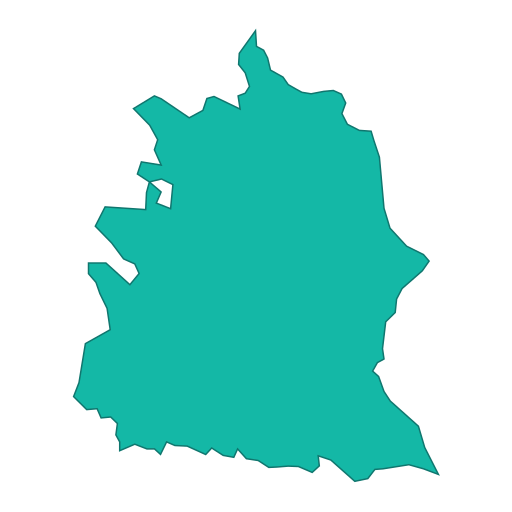 the district of Mormaço, Rio Grande do Sul, Brazil
{"feature_id": "56859067B79985945955157", "entity_name": "Mormaço", "entity_type": "district", "adm_level": 2, "iso_a3": "BRA", "parent_name": "Brazil", "parent_adm1": "Rio Grande do Sul", "projection": "robinson", "projection_center": [-52.668, -28.683], "detail": "fine", "context": "isolated", "style": "filled", "palette": "teal", "viewbox_px": 512, "rotation_deg": 0, "n_neighbors": 0, "source": "geoboundaries", "source_scale": "gbopen_adm2", "svg_char_len": 1588}
<svg xmlns="http://www.w3.org/2000/svg" viewBox="0 0 512 512"><path d="M101.1,417.9L110.7,417.0L117.4,423.5L115.9,434.9L119.7,441.9L119.7,450.7L134.8,444.2L146.9,448.9L154.5,448.9L160.5,454.4L166.6,441.9L174.9,445.5L187.2,446.1L205.7,454.5L211.7,448.0L223.2,455.4L233.8,457.3L237.6,448.9L246.4,458.7L258.2,460.5L268.8,467.4L277.1,467.0L288.2,466.1L298.4,466.5L312.2,472.4L319.3,465.9L318.2,455.8L330.8,460.0L354.8,481.3L367.8,478.6L374.9,469.4L382.9,468.8L408.9,464.7L423.5,468.8L438.4,474.4L424.7,447.5L418.4,426.2L390.3,401.1L384.0,391.5L378.6,376.5L372.6,371.1L377.4,362.6L384.0,359.0L382.5,348.7L385.7,321.8L395.2,312.5L396.6,299.0L402.1,288.5L422.3,270.8L429.1,261.1L423.5,254.6L406.6,246.2L390.0,228.2L384.0,208.3L379.4,157.2L373.9,140.6L371.1,131.2L359.3,130.4L347.4,124.3L341.9,113.6L345.7,103.0L341.4,94.1L333.3,90.5L323.7,91.4L311.1,93.8L301.9,92.3L295.3,88.7L288.2,84.6L283.0,77.1L270.5,70.1L267.6,58.0L263.6,50.2L256.5,46.4L255.5,30.7L239.3,53.3L238.6,64.5L245.2,72.8L249.5,86.4L245.2,93.2L238.1,95.9L240.1,109.1L214.0,96.5L206.9,98.5L202.9,110.4L189.2,117.8L161.2,98.8L154.4,95.9L133.5,108.6L149.7,125.2L157.7,139.7L154.4,149.8L161.2,165.1L141.4,161.9L137.4,174.0L149.4,181.9L146.5,192.6L145.7,209.6L105.1,206.9L95.3,226.2L111.7,243.0L123.6,258.9L134.8,263.9L139.1,273.5L129.9,284.7L105.9,263.0L88.5,263.0L88.5,273.7L96.0,282.4L99.9,293.6L107.1,308.4L110.2,329.7L85.4,343.6L79.0,382.6L73.6,396.6L86.7,409.6L97.1,408.7L101.1,417.9ZM149.4,181.9L161.5,179.0L172.9,184.6L170.6,208.7L156.3,203.1L161.1,192.0L149.4,181.9Z" fill="#14b8a6" stroke="#0f766e" stroke-width="1.5"/></svg>